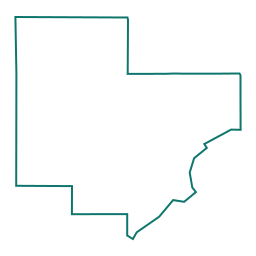 Carver, Minnesota, United States of America
{"feature_id": "52423323B20020016400421", "entity_name": "Carver", "entity_type": "district", "adm_level": 2, "iso_a3": "USA", "parent_name": "United States of America", "parent_adm1": "Minnesota", "projection": "mercator", "projection_center": [-93.703, 44.807], "detail": "fine", "context": "isolated", "style": "outline", "palette": "teal", "viewbox_px": 256, "rotation_deg": 0, "n_neighbors": 0, "source": "geoboundaries", "source_scale": "gbopen_adm2", "svg_char_len": 504}
<svg xmlns="http://www.w3.org/2000/svg" viewBox="0 0 256 256"><path d="M16.2,185.8L72.0,186.1L71.9,214.2L127.2,214.1L127.2,235.5L132.9,239.0L136.7,232.3L159.2,216.7L173.1,200.1L184.1,201.8L195.9,192.1L192.3,187.5L191.9,185.2L189.7,172.5L194.1,158.2L206.8,147.9L204.3,144.0L231.1,129.6L240.6,129.8L240.5,94.7L240.5,89.9L240.5,75.3L239.5,73.5L213.0,73.7L183.4,73.7L174.9,73.5L165.8,73.8L127.7,73.9L128.0,19.8L127.5,17.5L15.4,17.0L16.4,73.2L16.2,185.8Z" fill="none" stroke="#0f766e" stroke-width="2"/></svg>